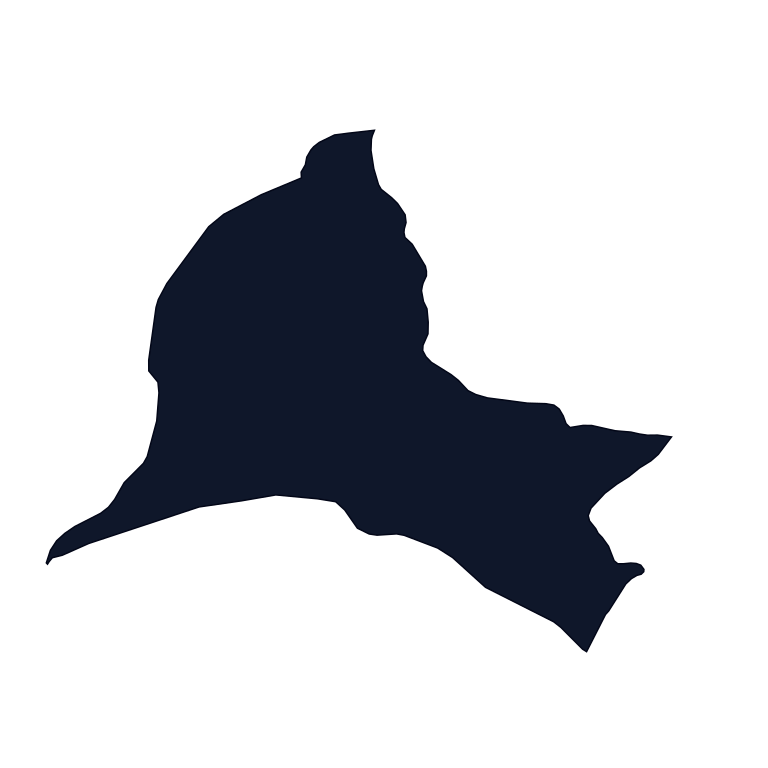 an SVG outline of Ibaraki, rotated 102°
{"feature_id": "JPN-1856", "entity_name": "Ibaraki", "entity_type": "Prefecture", "adm_level": 1, "iso_a3": "JPN", "parent_name": "Japan", "parent_adm1": "", "projection": "robinson", "projection_center": [140.305, 36.33], "detail": "fine", "context": "isolated", "style": "filled", "palette": "ink", "viewbox_px": 768, "rotation_deg": 102, "n_neighbors": 0, "source": "natural_earth", "source_scale": "10m", "svg_char_len": 1748}
<svg xmlns="http://www.w3.org/2000/svg" viewBox="0 0 768 768"><g transform="rotate(102 384 384)"><path d="M603.7,130.2L602.1,134.6L585.3,160.4L581.3,168.6L561.8,242.4L539.5,280.8L533.3,297.4L527.8,332.8L528.0,340.5L533.3,359.4L533.8,367.3L530.6,380.0L515.4,396.2L509.2,406.8L510.1,425.1L515.0,466.8L527.9,499.1L542.7,539.3L601.4,639.7L618.4,663.1L622.9,672.3L627.3,674.6L630.2,675.7L629.2,677.1L616.0,675.7L605.4,671.6L596.4,665.1L587.6,656.7L569.4,634.3L561.9,627.9L553.0,623.5L534.5,617.6L511.6,602.8L504.2,600.5L467.4,598.6L439.4,602.3L429.2,605.5L420.1,616.8L409.6,619.1L356.4,622.9L348.3,622.3L330.9,617.3L266.5,588.1L251.3,576.0L224.3,543.3L199.6,507.6L194.0,509.1L185.9,506.5L178.1,506.7L170.2,504.1L166.4,502.0L161.1,497.5L150.7,484.2L148.1,476.7L146.1,471.1L137.8,446.1L143.6,447.1L147.2,447.2L158.2,445.3L175.6,438.7L190.2,430.8L194.2,427.2L200.2,415.2L204.6,408.3L214.1,398.5L221.5,396.0L228.0,396.4L231.6,396.0L236.3,394.0L241.4,385.5L260.2,368.0L265.0,365.9L269.4,365.0L276.9,366.7L280.3,366.9L285.0,366.7L295.2,362.5L301.5,357.6L314.4,353.6L325.8,351.4L338.0,353.9L343.3,353.1L348.6,348.6L353.0,342.1L360.9,320.3L365.0,312.0L373.0,300.5L375.2,292.1L376.1,280.1L372.9,239.7L369.6,221.6L369.3,213.4L372.1,207.4L378.0,202.0L384.9,197.7L387.9,193.0L383.1,180.6L381.4,172.1L381.7,148.4L379.7,132.5L379.8,123.7L379.3,115.6L377.1,105.8L376.0,91.8L395.8,101.1L403.7,107.0L412.9,116.6L423.6,125.3L433.5,135.4L445.0,145.3L462.4,155.7L470.3,156.9L475.2,154.5L481.5,146.8L485.5,143.5L488.8,138.6L496.0,130.7L509.1,122.1L511.2,118.0L510.0,112.3L507.8,105.3L507.1,99.9L507.8,95.2L511.3,91.2L513.6,90.9L516.6,92.9L518.6,96.8L522.9,101.5L529.3,105.9L559.2,117.0L563.4,119.4L603.7,130.2Z" fill="#0f172a" stroke="#020617" stroke-width="1.5"/></g></svg>